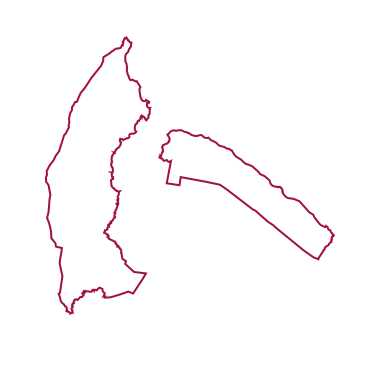 the district of Sarangani, Sarangani, Philippines, rotated 190°
{"feature_id": "2640588B5697622806390", "entity_name": "Sarangani", "entity_type": "district", "adm_level": 2, "iso_a3": "PHL", "parent_name": "Philippines", "parent_adm1": "Sarangani", "projection": "natural_earth1", "projection_center": [125.142, 6.055], "detail": "fine", "context": "isolated", "style": "outline", "palette": "rose", "viewbox_px": 384, "rotation_deg": 190, "n_neighbors": 0, "source": "geoboundaries", "source_scale": "gbopen_adm2", "svg_char_len": 6051}
<svg xmlns="http://www.w3.org/2000/svg" viewBox="0 0 384 384"><g transform="rotate(190 192 192)"><path d="M232.4,81.8L225.5,97.7L223.2,103.8L235.3,103.2L245.3,109.6L245.0,112.4L248.7,114.0L249.6,115.8L250.6,118.7L250.5,119.0L251.4,119.9L251.3,121.5L252.2,123.2L252.9,123.3L253.7,124.7L254.5,124.8L254.4,125.1L255.3,125.9L256.1,125.6L256.0,126.0L256.3,126.4L256.1,126.5L256.9,126.9L257.3,127.6L258.1,127.7L258.3,128.7L258.8,128.9L258.8,129.6L265.8,131.5L266.2,132.9L266.9,132.9L266.8,133.8L267.4,133.5L267.4,135.4L269.4,135.8L269.9,136.4L271.5,136.6L271.5,137.2L271.0,138.2L271.1,139.1L270.2,139.3L268.8,140.5L269.1,142.0L268.1,143.4L267.6,143.5L268.0,144.5L268.8,144.5L268.9,144.8L268.4,145.7L267.3,146.0L267.2,147.7L266.2,147.5L266.5,149.1L265.9,149.3L265.0,150.4L264.7,152.2L263.3,153.5L263.4,154.1L264.2,154.4L264.4,154.8L263.9,157.7L264.7,157.8L264.9,158.1L263.9,160.0L264.2,161.1L263.5,161.9L263.0,165.6L262.6,166.6L262.8,167.0L264.2,167.0L264.4,167.5L262.7,168.4L263.5,170.1L263.3,170.9L264.2,171.2L263.3,172.5L264.1,173.3L264.4,174.3L263.7,176.6L264.0,179.1L263.4,180.1L264.5,179.7L266.6,180.3L266.7,180.0L268.4,181.0L269.1,181.9L269.7,181.8L272.0,183.5L272.2,184.4L272.6,184.7L273.2,187.5L273.8,189.1L273.5,190.1L272.6,190.9L272.0,191.0L271.9,191.7L273.1,192.5L273.2,192.8L273.2,193.0L272.9,193.3L273.5,193.5L273.9,194.3L274.1,197.1L274.8,197.3L273.5,197.6L273.6,199.9L274.6,202.2L275.0,201.7L274.7,202.5L276.0,203.6L276.4,204.8L276.5,205.7L276.0,206.4L276.4,207.7L276.0,208.1L276.8,209.5L277.1,213.1L276.6,213.5L276.8,214.2L276.0,215.8L275.0,216.6L275.6,217.1L275.0,217.0L275.0,218.3L274.7,218.5L274.4,220.1L274.2,220.1L273.6,221.5L271.6,223.5L270.7,225.7L270.5,226.8L270.8,228.1L270.6,228.9L271.9,229.5L272.0,230.3L272.3,230.4L272.0,230.4L272.2,231.5L271.7,232.0L270.0,231.9L268.8,231.2L265.7,233.6L264.4,233.8L263.2,235.0L263.6,237.1L263.3,238.1L261.3,239.2L259.6,239.2L257.8,240.7L257.4,241.8L257.9,241.9L259.1,243.3L259.6,245.9L259.5,248.0L259.0,249.3L258.0,249.9L257.8,252.3L256.6,252.7L256.3,254.0L255.5,254.9L255.6,257.2L255.1,258.2L254.7,257.7L254.8,258.3L253.9,258.4L253.5,257.8L251.9,257.4L250.2,255.1L249.3,254.7L248.7,256.5L247.9,257.2L247.8,258.4L248.3,260.2L247.5,261.0L247.2,262.2L247.8,263.8L247.7,266.1L248.5,267.1L248.3,267.4L249.2,267.2L249.9,267.6L251.0,268.4L251.5,269.6L251.6,270.7L251.3,271.0L251.6,271.9L251.1,272.0L250.9,273.0L249.8,272.6L249.8,273.3L253.2,274.7L253.3,273.9L254.1,273.3L256.4,273.2L257.2,273.8L258.3,275.0L259.4,277.0L261.4,283.0L261.6,284.4L261.0,286.3L265.7,291.5L266.6,291.1L270.3,292.3L271.4,291.5L272.5,291.8L273.6,293.1L274.9,295.8L275.7,296.5L277.4,300.8L277.5,303.0L278.8,307.0L280.3,309.0L281.3,314.4L281.0,316.2L279.2,319.0L278.9,321.4L277.3,325.0L277.6,326.2L277.6,328.6L279.2,328.7L280.8,330.2L280.9,329.9L281.3,330.1L283.4,332.8L284.2,331.8L284.8,331.9L284.8,331.0L285.2,330.9L285.5,329.3L286.2,327.8L285.4,327.0L286.0,325.5L285.6,324.5L286.5,324.4L287.1,321.7L289.7,320.4L290.9,320.4L293.2,318.8L294.5,317.0L295.6,316.4L297.0,314.4L302.7,309.4L302.2,305.8L303.4,300.6L310.9,286.9L315.7,275.7L318.8,270.3L320.3,264.4L320.8,261.1L321.6,260.5L322.7,260.4L324.1,256.2L324.9,254.8L324.4,252.1L325.6,248.4L325.9,243.0L324.9,239.5L325.1,237.5L324.9,235.3L324.4,234.4L326.5,227.6L327.8,225.7L330.0,209.0L332.6,203.8L333.7,199.5L337.0,193.1L338.7,187.4L337.8,183.5L338.4,180.9L337.4,176.8L334.5,173.9L330.9,164.4L331.1,161.1L329.8,147.4L330.2,141.2L327.7,137.3L325.8,133.2L323.8,128.1L322.5,122.1L317.5,117.7L316.6,114.7L314.5,114.3L312.4,114.5L310.5,113.9L310.5,115.2L310.2,110.3L310.2,100.5L309.6,97.8L305.0,86.7L304.5,69.8L305.6,68.6L303.6,65.1L302.4,62.0L301.0,60.4L298.6,59.1L297.2,57.4L296.7,57.6L295.3,56.4L295.2,55.4L294.5,54.3L294.9,54.4L295.0,52.8L291.8,52.3L290.8,51.7L290.8,51.2L290.3,51.4L290.2,52.1L288.5,52.4L289.1,53.6L289.0,54.5L289.7,54.8L290.5,56.1L289.9,57.0L290.1,57.7L289.4,58.4L290.0,59.0L290.0,59.4L290.3,59.1L290.5,59.7L290.3,60.8L290.0,60.8L289.8,61.7L288.9,62.0L289.6,63.3L289.2,64.8L288.7,64.8L288.6,65.6L287.5,66.3L285.9,65.8L283.6,69.3L282.2,69.4L280.9,71.5L281.4,72.0L280.4,73.8L282.2,73.6L280.9,76.1L279.6,75.9L273.8,76.2L273.2,77.2L272.9,78.5L271.8,78.4L271.4,77.9L271.4,78.3L270.9,78.4L270.7,78.9L268.7,78.6L267.9,80.3L266.3,81.8L263.4,80.9L262.6,78.7L260.3,77.0L261.0,74.0L260.6,74.3L260.0,74.0L259.4,74.1L259.5,72.9L254.3,74.0L245.8,78.2L237.4,82.9L232.4,81.8ZM230.1,220.8L230.0,220.3L229.0,219.7L227.1,219.8L225.9,218.2L224.7,217.9L222.4,219.1L221.0,217.9L219.7,217.6L218.1,218.9L218.4,196.2L205.5,196.5L205.7,204.7L179.9,204.5L165.7,204.0L157.9,200.4L129.3,185.5L126.1,184.5L112.1,175.9L106.0,173.3L103.2,171.4L72.3,154.1L61.1,148.8L55.9,147.7L55.8,149.0L52.4,156.9L52.5,157.5L51.5,158.4L51.6,159.9L50.4,161.7L48.4,163.3L48.2,164.3L47.3,165.9L46.0,167.1L46.4,168.1L46.0,169.0L46.5,169.2L46.2,170.5L46.6,171.0L46.3,172.3L45.5,172.8L45.9,173.1L45.4,173.9L45.7,174.3L45.3,174.4L47.8,176.3L49.3,178.1L49.3,178.4L51.1,178.7L52.4,181.0L53.9,181.7L53.8,181.1L55.1,180.6L59.1,181.7L60.6,182.5L66.9,188.2L68.7,190.7L73.0,192.4L84.5,201.5L90.7,202.9L96.3,202.7L98.7,203.4L102.0,206.2L102.9,208.5L103.1,208.4L103.0,209.3L103.7,210.4L104.8,211.1L104.9,211.8L106.8,212.3L107.5,211.7L108.0,211.7L107.9,212.0L110.9,211.7L114.0,212.2L116.1,213.9L117.6,216.7L118.9,217.7L123.3,220.2L127.8,221.4L130.2,223.5L136.8,227.6L139.9,228.5L143.3,229.0L143.4,229.4L143.4,229.0L144.4,229.3L147.1,230.8L149.2,232.4L154.6,234.4L157.2,236.5L160.0,239.8L160.8,239.8L162.9,240.9L165.4,240.8L167.5,241.8L173.4,242.5L177.4,245.1L182.6,246.4L185.2,248.4L186.5,247.7L189.0,247.8L190.1,248.1L191.8,249.5L193.5,249.6L196.7,248.1L199.1,247.7L202.7,248.2L205.6,249.6L206.6,249.4L207.4,249.9L210.4,250.1L213.0,251.0L216.1,250.4L218.5,249.4L219.8,249.7L222.0,249.1L223.9,247.5L225.1,245.2L226.2,244.3L223.7,241.4L223.2,240.2L223.3,238.6L223.6,238.2L223.4,237.9L223.8,237.7L223.9,236.7L224.7,235.5L226.4,234.8L227.7,233.6L228.6,233.2L229.3,230.7L228.6,230.3L227.5,226.7L228.3,226.1L228.8,221.8L229.1,221.4L229.5,221.8L229.4,221.0L230.1,220.8Z" fill="none" stroke="#9f1239" stroke-width="2"/></g></svg>